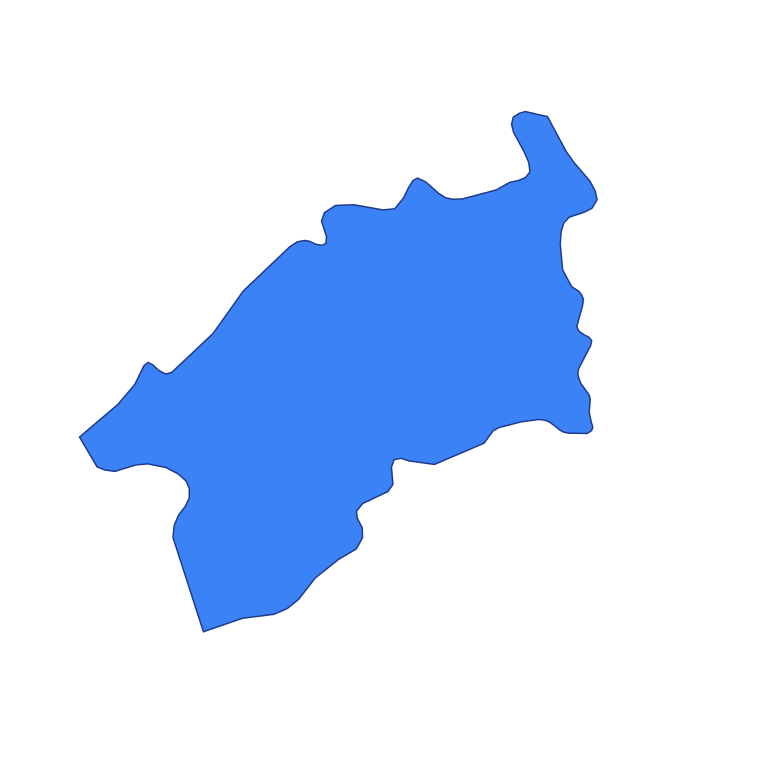 map outline of Tissemsilt (Equal Earth projection), rotated 139°
{"feature_id": "DZA-2206", "entity_name": "Tissemsilt", "entity_type": "Province", "adm_level": 1, "iso_a3": "DZA", "parent_name": "Algeria", "parent_adm1": "", "projection": "equal_earth", "projection_center": [1.694, 35.775], "detail": "fine", "context": "isolated", "style": "filled", "palette": "blue", "viewbox_px": 768, "rotation_deg": 139, "n_neighbors": 0, "source": "natural_earth", "source_scale": "10m", "svg_char_len": 1725}
<svg xmlns="http://www.w3.org/2000/svg" viewBox="0 0 768 768"><g transform="rotate(139 384 384)"><path d="M347.2,273.7L398.7,290.2L415.5,309.4L419.9,316.8L426.1,320.3L433.0,316.3L443.1,302.4L451.4,300.2L478.5,307.8L488.3,306.0L492.2,300.3L494.8,289.7L500.9,282.2L513.0,277.7L533.7,281.5L563.5,282.7L589.7,277.5L604.3,278.0L618.1,282.4L644.6,300.1L682.8,315.5L643.9,406.7L634.9,415.0L624.7,420.0L614.7,421.9L605.8,425.7L599.5,432.8L597.0,440.7L598.3,451.2L603.4,464.1L614.7,478.7L624.3,485.7L644.4,494.6L651.2,502.4L654.9,509.6L648.6,543.7L598.1,543.2L572.1,547.2L553.2,555.3L547.9,555.1L545.8,549.7L545.2,542.3L542.3,534.9L536.6,532.0L479.8,534.3L429.2,546.5L365.3,549.4L356.2,548.2L349.7,544.4L346.6,540.6L343.6,533.9L339.9,529.4L335.6,528.2L330.7,532.9L324.3,547.9L316.5,552.4L303.4,550.5L289.0,538.9L270.6,516.1L261.0,509.2L247.2,511.6L236.4,516.2L228.7,518.5L223.6,517.5L219.9,509.0L217.7,492.1L215.3,484.1L210.6,478.0L203.5,472.3L171.9,456.8L157.1,453.8L149.0,449.4L141.8,447.0L134.7,448.3L129.4,456.3L126.0,466.9L121.1,489.0L117.4,496.2L111.4,500.6L104.3,499.5L98.6,496.9L85.2,478.5L94.0,439.7L95.3,426.4L95.4,402.7L97.8,391.6L102.2,383.4L111.4,380.2L119.3,382.0L134.8,388.4L142.7,387.6L150.5,382.6L159.1,374.1L174.3,352.9L178.5,334.4L176.1,325.5L176.4,321.7L177.9,317.1L183.0,312.7L200.6,301.0L202.3,296.1L200.7,290.0L198.6,284.8L198.9,280.4L202.9,277.4L227.2,267.8L230.8,264.9L233.2,260.6L235.1,255.2L236.4,240.9L238.5,237.1L247.8,227.9L252.9,218.7L253.5,217.0L254.0,215.9L255.2,214.0L257.9,212.7L263.0,213.3L277.0,225.8L280.4,230.5L281.7,234.6L282.3,238.6L283.9,246.1L285.3,249.4L287.5,252.6L290.9,256.0L305.6,265.6L325.9,275.7L332.3,277.1L347.2,273.7Z" fill="#3b82f6" stroke="#1e3a8a" stroke-width="1.5"/></g></svg>